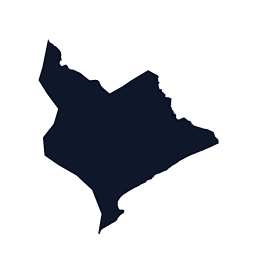 Gomoa Central, Central, Ghana (Mercator projection), rotated 350°
{"feature_id": "2480657B15531990631346", "entity_name": "Gomoa Central", "entity_type": "district", "adm_level": 2, "iso_a3": "GHA", "parent_name": "Ghana", "parent_adm1": "Central", "projection": "mercator", "projection_center": [-0.697, 5.353], "detail": "fine", "context": "isolated", "style": "filled", "palette": "ink", "viewbox_px": 256, "rotation_deg": 350, "n_neighbors": 0, "source": "geoboundaries", "source_scale": "gbopen_adm2", "svg_char_len": 5578}
<svg xmlns="http://www.w3.org/2000/svg" viewBox="0 0 256 256"><g transform="rotate(350 128 128)"><path d="M81.0,227.2L81.2,226.6L81.6,226.2L81.7,225.7L81.9,225.5L82.1,225.2L82.3,224.8L82.6,224.4L82.8,223.9L83.3,223.4L84.0,223.0L84.8,222.5L85.6,222.1L87.3,221.5L88.5,221.0L89.7,220.5L90.8,220.2L92.0,219.8L92.9,219.4L93.8,219.1L94.6,218.7L95.9,218.3L96.3,218.2L97.0,218.1L97.4,217.7L97.8,217.5L98.6,217.4L98.9,217.4L99.2,217.1L99.7,216.9L100.1,216.5L100.7,215.9L101.0,215.8L101.1,215.5L101.4,215.3L101.5,214.6L101.9,214.2L102.5,213.8L103.0,213.5L103.7,212.9L104.5,212.2L105.3,211.7L106.2,211.3L107.8,210.6L108.1,210.4L108.3,210.4L108.6,210.1L108.4,209.8L108.4,209.6L108.7,209.3L109.2,209.1L109.3,208.8L109.2,208.6L108.9,208.6L108.7,208.8L108.6,209.0L108.4,209.0L108.1,208.8L108.0,208.5L108.0,208.2L107.8,208.0L107.4,207.9L106.4,208.0L105.7,207.7L105.3,207.7L105.0,207.4L104.6,206.8L104.4,206.3L104.2,205.5L104.0,205.0L103.8,204.0L103.7,202.7L103.6,202.0L103.6,201.6L103.8,201.2L104.1,200.6L104.2,200.3L104.4,198.3L107.9,194.6L108.5,194.1L109.1,193.8L109.8,193.2L110.6,192.8L111.1,192.5L111.5,192.1L111.8,192.1L112.4,191.9L113.0,191.5L113.5,191.4L114.2,191.3L114.9,190.9L116.7,190.0L118.2,189.5L120.4,188.6L121.3,188.4L122.8,187.8L124.0,187.4L125.3,187.1L126.5,186.8L127.8,186.4L128.6,186.2L129.4,185.8L130.2,185.3L131.7,184.9L132.2,184.8L134.9,184.1L135.4,184.0L136.0,183.7L137.0,182.5L137.4,182.3L138.0,182.2L139.3,182.1L140.0,181.9L140.6,181.8L141.4,181.8L141.8,181.8L142.1,181.6L142.5,181.1L142.9,180.8L143.3,180.5L143.8,180.4L144.2,180.2L144.4,179.9L144.5,179.4L144.7,179.0L145.3,178.7L145.9,178.6L146.8,178.1L147.6,177.8L148.6,177.6L150.9,177.4L152.1,177.1L155.6,176.1L156.9,175.9L158.0,175.8L158.4,175.7L158.8,175.6L159.2,175.2L159.5,174.9L159.9,174.6L161.9,173.7L163.0,173.1L164.3,172.4L165.5,171.8L166.2,171.6L166.8,171.5L167.5,171.2L168.2,171.0L168.8,170.6L169.6,170.3L170.1,170.2L171.1,169.7L171.7,169.4L171.9,169.2L172.2,168.9L173.0,168.6L173.8,168.4L174.5,168.2L177.6,167.2L179.9,166.4L181.2,166.0L182.9,165.6L184.1,165.2L196.1,162.6L196.5,162.6L197.2,162.5L199.0,162.1L199.3,162.0L200.0,161.7L200.7,161.6L201.7,161.4L202.8,161.1L203.9,160.8L205.5,160.6L205.9,160.3L206.1,160.2L207.0,160.2L207.7,159.9L210.2,159.2L212.8,158.5L213.9,158.3L214.2,155.5L211.5,151.7L211.0,147.4L206.0,143.8L202.4,142.5L192.9,137.7L191.5,135.9L190.5,134.7L190.4,134.5L190.2,134.3L190.6,133.7L190.4,133.3L190.4,133.1L189.9,132.5L189.5,132.3L189.3,132.2L189.0,132.0L188.5,132.0L188.4,132.0L187.9,131.8L187.6,131.4L187.2,130.6L186.8,130.2L186.3,129.6L185.8,129.1L185.4,128.7L185.0,128.4L184.8,128.2L184.7,128.0L181.5,128.8L181.3,129.1L181.1,129.2L180.8,129.2L180.5,129.2L179.9,129.1L179.7,129.2L179.4,129.1L178.7,129.0L178.5,128.9L178.1,128.8L177.9,128.7L177.3,128.2L176.4,126.1L176.9,123.4L176.3,122.8L176.1,122.6L175.9,122.3L175.6,122.3L175.4,122.4L175.3,122.5L175.2,122.7L175.0,123.1L174.8,123.5L174.7,123.5L174.3,123.5L174.0,123.2L173.9,123.1L173.9,122.9L173.9,122.4L174.2,122.1L174.4,121.8L174.7,121.4L175.0,121.0L175.1,120.7L174.9,120.1L174.8,119.8L174.9,119.6L175.0,119.4L175.0,119.2L174.9,119.1L174.5,118.6L173.8,118.3L173.7,118.2L173.6,117.9L173.6,117.7L173.8,116.3L173.7,116.1L173.6,115.8L173.4,115.6L173.3,115.4L173.5,114.9L173.5,114.7L173.4,114.4L173.2,114.2L172.8,114.2L172.6,114.1L172.4,113.8L172.4,113.6L172.3,113.4L172.4,113.2L172.7,113.0L173.1,112.9L173.3,112.7L173.8,112.4L173.8,112.1L173.7,111.9L174.6,108.5L175.1,106.9L173.8,106.1L173.7,105.9L173.3,105.8L172.9,106.0L172.5,105.8L172.5,105.7L172.5,105.4L172.3,105.4L172.2,105.4L172.0,105.7L171.7,105.9L171.5,106.0L171.4,105.9L171.3,105.5L170.9,104.9L170.6,104.7L170.3,104.6L169.9,104.3L169.6,104.3L169.0,104.1L168.9,104.0L168.6,103.6L169.1,103.3L169.4,102.2L169.7,102.2L169.8,102.2L170.0,102.0L169.9,101.8L169.6,101.4L169.4,101.5L169.2,101.7L169.0,101.4L168.8,100.9L168.8,100.4L168.7,100.3L168.5,99.9L168.4,99.6L168.1,99.4L167.8,99.1L167.5,99.0L167.4,98.9L167.0,98.2L167.0,97.5L167.2,96.8L167.2,96.3L167.2,96.2L166.9,96.1L165.6,96.3L165.2,95.8L165.0,94.6L164.9,94.1L164.8,93.9L164.9,92.0L164.5,91.7L164.4,91.5L164.3,91.2L164.4,90.9L164.9,90.4L164.9,89.9L164.8,89.7L164.6,89.2L165.1,88.8L165.5,89.0L165.8,88.9L166.0,88.8L166.1,88.7L165.8,88.4L165.6,88.4L165.3,88.2L165.1,87.8L164.9,87.6L164.8,87.3L164.9,87.2L165.1,87.0L165.2,86.8L165.4,86.2L165.5,85.9L165.2,85.6L165.0,85.4L164.8,85.3L164.8,85.1L164.9,84.9L165.1,84.7L165.2,84.4L165.3,84.1L165.2,83.8L165.4,83.7L165.6,83.6L165.8,83.6L166.2,83.4L166.3,83.2L166.3,82.8L166.0,82.4L165.9,82.2L165.9,81.9L164.5,80.7L164.0,80.5L157.8,75.4L140.4,82.0L130.2,86.6L115.5,91.8L115.2,91.1L113.7,89.3L112.8,88.3L111.8,87.1L110.1,85.0L109.4,83.9L108.8,83.0L108.1,82.0L107.6,80.0L107.0,77.3L105.9,76.2L104.8,75.8L103.6,75.5L101.2,75.4L100.6,75.4L98.9,75.1L98.4,75.0L97.9,74.8L96.9,73.8L90.1,66.0L86.7,63.7L86.1,63.2L84.3,62.0L83.2,61.5L83.0,61.4L82.0,61.3L81.5,61.1L81.0,60.7L79.7,59.7L79.4,59.4L79.2,59.1L79.0,58.7L78.9,58.5L78.8,57.4L78.7,57.1L78.7,56.9L78.4,56.7L78.2,56.4L77.8,55.9L77.6,55.5L72.8,56.5L71.1,53.1L71.3,51.9L71.5,50.9L71.7,50.6L71.7,50.3L72.7,49.1L73.7,49.2L73.7,48.8L73.7,48.0L73.6,46.9L73.7,46.4L73.7,46.0L74.0,45.1L74.1,44.9L74.2,44.3L74.4,42.8L74.2,41.8L74.1,41.3L73.8,40.4L73.3,39.4L73.0,39.0L72.7,38.6L72.4,38.2L72.2,37.8L71.9,37.4L71.1,36.2L70.8,35.7L69.1,34.7L68.8,34.4L68.6,34.1L68.5,33.8L68.1,32.9L66.4,31.4L66.0,31.2L65.6,30.9L65.4,30.5L65.1,30.1L64.9,29.4L64.7,28.8L54.8,53.9L49.0,65.4L54.8,79.8L63.4,97.0L56.2,111.4L43.3,122.9L41.8,140.2L53.3,151.7L69.6,165.3L82.6,182.5L87.8,208.2L81.0,227.2Z" fill="#0f172a" stroke="#020617" stroke-width="1.5"/></g></svg>